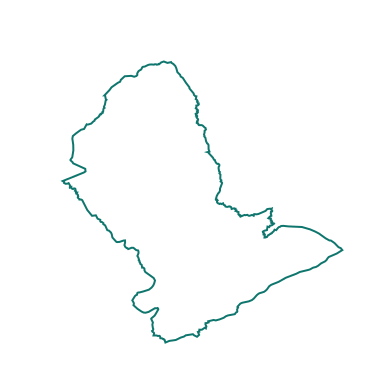 outline of Thap Than, Uthai Thani, Thailand, rotated 66°
{"feature_id": "78962969B50893667221892", "entity_name": "Thap Than", "entity_type": "district", "adm_level": 2, "iso_a3": "THA", "parent_name": "Thailand", "parent_adm1": "Uthai Thani", "projection": "equal_earth", "projection_center": [99.816, 15.505], "detail": "fine", "context": "isolated", "style": "outline", "palette": "teal", "viewbox_px": 384, "rotation_deg": 66, "n_neighbors": 0, "source": "geoboundaries", "source_scale": "gbopen_adm2", "svg_char_len": 6037}
<svg xmlns="http://www.w3.org/2000/svg" viewBox="0 0 384 384"><g transform="rotate(66 192 192)"><path d="M306.2,78.3L303.7,79.0L302.0,80.6L296.5,82.6L292.9,84.8L292.1,86.2L288.8,88.7L281.6,92.9L278.2,95.6L274.2,99.3L268.7,105.8L262.6,118.0L260.1,122.3L259.3,124.4L259.6,125.7L259.4,126.6L259.7,127.9L261.1,130.6L260.0,131.9L261.2,133.5L261.5,134.9L262.1,135.8L261.9,136.4L262.3,137.1L262.2,138.3L262.5,138.8L262.4,139.9L263.6,141.9L263.2,142.8L263.5,143.2L263.1,144.3L260.8,142.9L260.0,144.0L259.6,143.9L259.1,142.9L257.8,143.6L257.0,143.4L256.8,141.6L257.3,139.0L254.3,137.1L255.5,135.7L254.5,134.5L254.9,132.5L254.3,129.9L253.9,130.0L253.1,131.7L252.4,132.2L251.8,131.7L251.7,130.9L250.5,130.9L250.1,131.7L248.4,130.8L247.6,132.4L247.0,132.9L246.6,131.8L246.2,131.2L246.0,129.2L245.3,129.3L244.6,128.7L243.7,128.8L242.2,127.9L242.4,126.9L242.0,126.4L240.7,126.7L239.6,125.9L239.6,127.1L239.0,127.4L238.2,130.2L239.2,132.5L239.1,140.2L238.7,142.0L237.5,144.2L238.8,145.3L237.4,146.4L237.1,149.2L236.6,150.0L235.4,150.7L234.9,152.7L234.3,153.4L234.2,157.8L233.5,157.9L233.2,157.4L232.8,157.9L232.5,157.6L231.9,158.1L231.8,158.5L231.3,158.7L229.2,157.7L228.3,158.9L227.4,159.4L227.2,159.2L227.0,159.8L226.3,159.2L225.6,159.5L225.5,159.1L225.0,159.0L224.5,160.0L224.0,160.2L223.6,162.7L221.9,162.4L221.0,162.8L220.9,163.3L220.2,163.9L220.1,165.5L219.5,166.6L218.8,167.4L217.6,167.3L216.6,168.3L215.0,168.2L215.0,170.0L214.2,170.6L214.1,171.8L213.7,171.9L213.1,172.7L211.8,173.3L210.5,172.9L210.1,172.0L209.3,172.2L208.8,173.3L208.3,173.2L208.1,172.6L207.8,172.7L205.8,171.1L203.9,168.7L203.4,167.3L202.0,165.8L200.4,165.1L196.0,160.8L195.3,160.8L194.1,161.6L193.2,160.4L192.4,160.8L191.2,160.7L187.6,158.9L186.1,159.4L185.1,158.4L184.0,158.8L181.5,158.2L180.0,157.5L179.2,156.4L178.5,156.0L177.9,156.0L176.9,156.5L176.7,157.3L175.9,157.9L174.0,158.3L172.1,158.1L171.4,158.8L169.2,158.9L163.6,160.8L162.5,160.9L161.9,161.6L162.2,159.6L159.8,159.5L155.8,157.8L154.2,158.0L153.8,158.4L151.3,158.5L147.9,157.7L146.3,158.2L145.6,157.7L144.5,157.7L142.6,156.2L141.3,155.7L140.6,153.9L139.0,153.6L138.4,154.1L135.7,155.2L134.9,155.9L133.8,158.4L133.0,158.7L132.3,158.5L130.8,159.6L130.2,159.2L130.7,158.6L129.5,158.1L129.2,158.3L128.9,158.0L128.9,157.5L128.4,157.0L127.7,156.9L125.8,157.5L125.0,156.6L124.3,157.2L124.1,156.8L123.8,157.1L122.1,156.9L121.9,155.8L122.2,155.9L122.4,155.5L121.5,154.1L121.1,154.0L121.1,154.3L120.5,154.6L119.7,153.3L118.8,153.6L118.5,154.2L117.4,153.9L116.9,154.4L115.8,153.2L114.8,152.9L115.2,151.3L114.8,150.2L113.7,149.9L113.5,150.5L111.7,150.7L111.4,149.9L109.6,150.1L108.7,150.8L106.4,149.1L105.8,150.0L104.1,150.7L102.6,150.4L96.4,152.2L95.3,151.8L89.8,153.1L84.0,154.0L81.9,155.4L80.2,155.2L76.6,156.6L72.5,156.0L70.1,156.0L67.6,156.9L65.2,158.5L64.8,158.4L64.1,161.9L61.3,164.7L61.1,167.5L61.9,170.0L61.4,170.5L61.7,171.2L61.3,172.5L60.8,172.8L60.2,173.9L60.2,174.9L58.9,177.3L58.3,179.1L58.1,180.4L58.2,184.1L57.7,185.9L57.8,186.6L59.4,188.6L59.7,191.1L60.0,192.0L61.4,193.8L62.9,194.4L63.4,195.6L63.2,197.9L61.2,200.2L58.9,206.4L60.6,211.4L62.0,212.8L62.1,215.4L63.6,222.9L65.3,225.9L68.1,232.6L68.3,232.1L72.1,233.0L73.0,232.6L73.5,233.8L76.6,235.9L78.4,237.8L79.5,237.7L79.5,238.3L80.2,239.2L82.3,240.4L82.5,241.3L83.3,241.3L83.4,242.9L83.7,242.8L84.1,243.7L84.1,244.2L83.7,244.1L83.7,244.4L84.4,245.6L84.8,245.7L85.4,246.9L86.3,251.3L87.2,252.0L87.6,254.0L88.5,256.1L88.2,258.9L87.7,260.6L87.4,260.8L90.5,264.9L90.0,268.1L91.2,273.8L92.4,278.1L94.6,279.6L100.6,281.3L105.8,283.5L111.6,287.3L113.0,289.8L113.6,290.1L116.2,289.0L117.5,288.9L127.4,280.1L129.9,280.9L130.2,282.9L129.4,305.7L130.9,304.7L131.7,305.2L133.1,304.1L133.7,302.4L133.7,301.1L137.1,300.7L137.7,301.6L138.3,301.8L138.4,300.2L139.3,300.6L140.4,300.1L140.9,299.4L140.7,298.3L141.5,297.3L142.6,297.5L143.3,298.4L144.1,297.7L145.1,298.2L145.6,297.4L145.9,298.2L146.4,298.4L147.0,297.7L148.5,297.4L149.0,297.9L149.7,297.7L150.6,298.6L152.0,298.2L152.9,297.5L153.2,297.7L153.9,296.2L154.8,295.6L165.8,295.0L173.1,293.0L174.2,289.3L178.0,289.1L180.1,287.1L181.5,287.7L182.2,287.5L182.8,286.5L184.4,285.6L185.3,286.1L187.2,284.9L192.4,284.9L193.5,283.6L196.1,282.5L197.9,282.5L201.2,283.2L206.5,281.5L207.2,281.0L208.1,278.6L208.5,274.3L209.0,272.9L211.0,273.7L213.0,275.3L215.0,275.3L216.8,274.4L217.1,273.8L218.2,273.5L218.4,269.7L219.2,268.2L222.4,266.6L223.5,265.0L224.6,265.1L226.2,265.8L228.2,267.9L229.9,267.7L232.1,267.9L232.5,268.4L233.6,268.0L234.4,268.5L235.2,268.1L236.5,268.5L238.0,267.6L240.8,268.3L241.0,267.5L242.3,266.7L242.9,266.7L244.2,267.3L246.1,267.2L255.0,262.0L257.8,261.8L260.1,263.7L261.7,265.5L262.9,267.8L263.7,271.1L263.0,277.3L262.4,280.8L261.9,282.1L262.1,283.1L263.5,284.0L263.5,285.3L263.9,286.5L266.7,290.6L269.5,290.3L270.6,290.6L271.6,291.5L276.6,289.3L280.6,286.8L282.4,285.3L283.4,283.5L283.9,280.4L283.1,273.1L283.9,271.5L284.0,270.6L284.9,270.4L285.6,270.6L289.0,275.3L289.8,276.6L290.9,280.4L291.3,280.9L295.3,280.8L297.1,282.2L300.5,283.1L301.5,283.1L302.4,283.9L302.7,285.0L303.4,285.0L304.9,284.1L305.7,284.1L307.4,285.5L308.7,282.7L309.6,281.8L310.2,280.2L311.0,279.9L312.7,280.4L313.6,278.8L314.4,278.4L314.7,277.7L315.6,277.6L315.9,277.2L318.7,277.5L318.8,273.3L320.6,267.0L320.4,261.5L320.8,258.2L320.4,256.0L322.3,249.0L323.6,248.5L326.3,246.3L325.4,243.6L322.3,243.5L322.6,242.2L321.8,242.1L321.5,241.4L320.8,241.2L321.8,239.1L321.2,235.3L322.2,234.8L320.6,233.5L318.6,233.6L317.3,233.0L317.7,231.9L317.9,229.9L316.7,229.8L317.7,224.3L319.0,222.5L319.6,218.6L319.8,214.2L319.3,211.6L319.4,209.3L321.0,202.6L320.0,200.9L319.9,199.6L319.6,199.2L317.7,198.6L316.2,196.9L315.7,197.3L315.2,197.0L313.6,193.2L313.6,191.2L315.0,184.6L315.1,181.3L314.5,178.9L312.6,174.8L312.2,173.4L311.9,171.7L312.5,167.0L312.2,165.2L311.5,163.2L309.5,159.8L309.0,157.4L309.3,149.4L308.5,141.2L309.1,129.9L308.9,126.0L310.5,117.4L310.7,115.7L310.4,112.1L310.9,109.3L310.7,106.9L309.7,103.1L309.5,98.7L308.9,96.9L307.6,94.9L307.0,93.5L307.1,84.8L306.2,78.3Z" fill="none" stroke="#0f766e" stroke-width="2"/></g></svg>